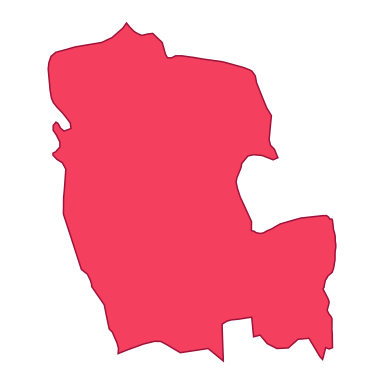 Qillin, Kafr ash Shaykh, Egypt (Albers equal-area conic projection)
{"feature_id": "37247803B73362886902816", "entity_name": "Qillin", "entity_type": "district", "adm_level": 2, "iso_a3": "EGY", "parent_name": "Egypt", "parent_adm1": "Kafr ash Shaykh", "projection": "albers", "projection_center": [30.844, 31.086], "detail": "fine", "context": "isolated", "style": "filled", "palette": "rose", "viewbox_px": 384, "rotation_deg": 0, "n_neighbors": 0, "source": "geoboundaries", "source_scale": "gbopen_adm2", "svg_char_len": 2523}
<svg xmlns="http://www.w3.org/2000/svg" viewBox="0 0 384 384"><path d="M223.3,361.0L223.3,360.1L222.7,343.7L222.3,331.2L222.1,324.2L226.6,321.3L231.3,319.9L236.4,319.4L239.2,319.1L247.3,317.8L251.7,317.2L253.6,336.8L257.6,335.8L260.1,335.1L267.2,343.6L276.8,348.5L279.4,348.4L286.8,348.0L288.4,347.9L290.1,346.3L293.4,343.4L298.0,339.3L308.9,338.3L311.7,342.9L319.9,356.6L322.6,359.5L325.7,347.6L329.1,349.0L332.5,347.7L332.3,336.5L332.3,335.3L332.1,331.2L331.9,329.7L332.0,323.9L332.0,318.7L330.5,315.7L329.1,314.3L327.1,310.2L328.5,305.4L329.2,301.9L327.9,298.4L323.2,289.4L323.1,288.6L324.1,287.3L324.3,285.2L324.6,283.9L325.3,280.5L327.8,276.3L328.1,275.7L332.2,272.3L333.1,269.6L333.6,268.1L335.0,259.9L335.1,251.6L335.8,247.4L335.8,244.7L335.2,240.5L335.2,236.4L334.5,232.9L333.5,229.7L333.0,224.7L332.6,221.5L332.5,220.5L331.9,219.1L329.9,219.1L328.5,217.0L327.2,216.1L326.5,215.6L323.1,215.6L306.7,217.4L300.6,218.1L289.0,221.4L280.1,224.0L275.3,226.7L271.9,228.8L267.1,230.8L263.7,232.8L260.3,233.5L256.2,232.7L254.1,231.3L251.4,230.6L251.5,221.6L244.2,205.6L243.5,204.2L240.1,196.7L237.4,188.3L236.1,182.1L236.8,178.0L241.0,167.7L241.7,163.5L247.9,156.0L253.4,154.7L262.2,155.5L267.6,157.6L273.1,159.8L276.7,158.2L277.9,157.7L276.9,155.4L274.5,149.4L270.5,145.2L269.1,139.7L271.4,115.6L266.7,107.9L263.0,98.9L256.6,82.9L255.3,76.0L251.9,71.1L249.2,69.7L243.8,67.6L240.5,66.7L230.9,64.0L222.7,61.8L203.4,59.1L201.6,58.8L193.4,57.4L191.1,57.1L187.3,56.6L181.9,55.8L175.7,55.8L171.6,57.8L167.5,57.8L165.5,54.3L162.2,42.5L152.7,33.4L147.3,34.1L141.8,35.4L138.4,34.0L135.7,32.5L133.7,31.1L129.6,26.9L126.5,23.0L122.8,28.2L111.8,37.8L109.9,38.6L101.6,42.5L85.9,45.1L74.9,47.0L65.1,49.8L55.8,52.3L51.0,56.4L48.9,62.6L48.2,68.8L48.5,72.6L50.1,90.2L51.4,97.9L52.3,100.1L53.4,102.7L57.4,107.6L62.8,113.2L70.3,122.9L70.4,124.0L71.0,128.3L70.4,128.7L69.5,129.1L64.1,131.1L60.7,128.3L58.0,123.5L56.0,122.1L53.2,125.5L53.2,126.3L53.2,130.3L56.5,135.2L59.9,142.1L59.9,147.0L55.7,151.8L53.0,153.1L53.0,155.2L57.0,159.4L62.5,162.9L64.7,167.1L65.8,169.1L65.1,179.5L64.3,190.5L63.6,197.4L63.5,207.1L63.4,214.0L66.7,224.1L69.8,233.6L81.4,269.4L87.5,274.3L89.5,278.5L90.2,279.9L90.9,281.9L91.5,284.0L91.7,286.6L98.1,295.9L101.0,300.0L104.3,304.9L106.1,314.2L106.3,315.1L109.2,329.0L112.3,332.1L116.5,341.7L116.8,342.4L117.3,344.0L118.5,348.4L118.1,353.6L126.3,350.3L130.6,348.7L143.6,344.0L154.5,341.3L158.9,341.4L160.6,341.4L166.0,344.2L180.3,352.7L208.2,348.5L223.3,361.0Z" fill="#f43f5e" stroke="#9f1239" stroke-width="1.5"/></svg>